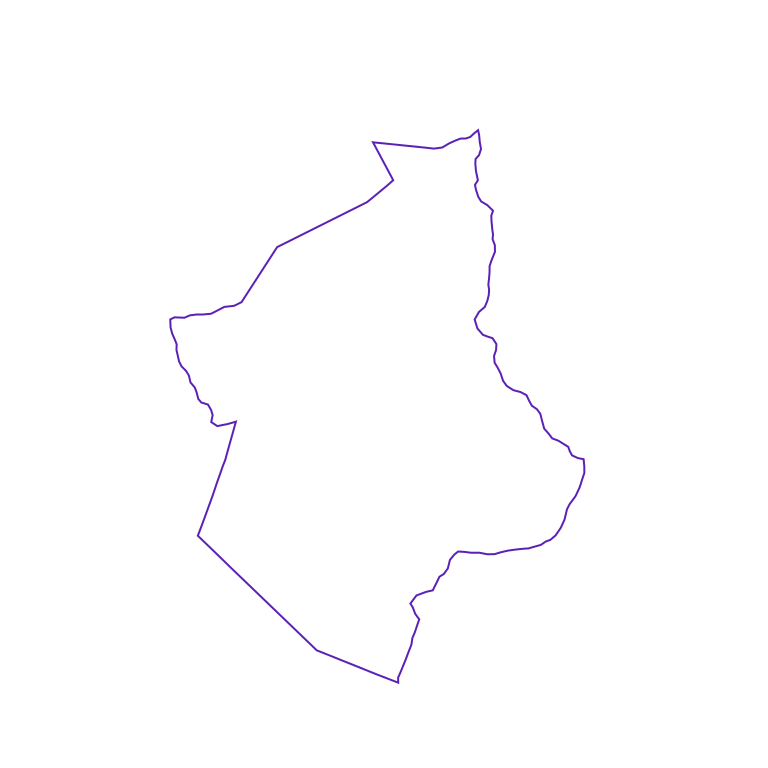 outline of Pé de Serra, Bahia, Brazil, rotated 205°
{"feature_id": "56859067B88546215255955", "entity_name": "Pé de Serra", "entity_type": "district", "adm_level": 2, "iso_a3": "BRA", "parent_name": "Brazil", "parent_adm1": "Bahia", "projection": "mercator", "projection_center": [-39.628, -11.892], "detail": "fine", "context": "isolated", "style": "outline", "palette": "violet", "viewbox_px": 768, "rotation_deg": 205, "n_neighbors": 0, "source": "geoboundaries", "source_scale": "gbopen_adm2", "svg_char_len": 2230}
<svg xmlns="http://www.w3.org/2000/svg" viewBox="0 0 768 768"><g transform="rotate(205 384 384)"><path d="M218.3,273.4L211.9,276.5L207.2,280.7L201.5,285.2L194.9,289.5L187.7,293.8L183.5,296.1L180.0,299.2L173.8,304.5L170.9,309.5L167.4,313.0L164.5,319.3L163.0,328.4L163.1,337.5L165.2,347.8L165.0,353.6L163.9,358.9L163.0,363.5L163.0,373.1L164.2,382.3L164.8,387.9L167.5,393.7L171.3,400.2L177.0,398.8L183.5,398.8L187.2,401.6L190.5,404.9L202.3,406.3L208.5,405.8L214.1,408.7L220.0,411.3L224.9,417.1L229.7,423.0L234.8,425.8L240.8,426.8L245.2,430.0L250.2,434.1L256.9,434.4L264.0,433.1L271.9,434.1L277.4,437.2L282.9,443.0L288.4,447.2L292.7,450.0L296.1,455.8L296.8,462.2L299.0,467.7L305.0,471.4L310.6,470.7L315.2,470.4L322.8,473.8L329.1,480.8L328.4,489.4L325.2,496.5L325.5,503.0L326.7,509.1L328.7,514.1L331.4,518.1L333.1,523.2L335.6,530.0L338.1,535.4L338.8,541.4L339.3,550.7L342.3,556.8L346.7,561.0L348.5,565.8L351.1,569.7L355.6,577.4L357.9,582.0L358.4,587.1L366.0,589.8L373.1,590.5L377.8,593.6L382.7,598.9L385.7,602.9L385.0,608.3L390.6,615.8L394.3,622.2L396.1,626.7L394.6,631.5L395.4,638.0L399.5,643.8L402.8,649.5L406.0,653.8L408.2,649.4L410.2,644.4L413.6,641.1L418.3,638.8L422.0,635.0L426.5,629.8L431.2,622.9L438.3,618.4L445.2,616.1L496.1,598.4L461.8,572.6L464.7,565.8L476.1,541.8L538.7,462.9L547.7,398.0L552.9,391.5L561.3,386.4L570.4,374.6L577.8,370.3L583.2,367.8L588.9,364.2L592.9,359.7L602.0,355.9L605.0,352.2L601.3,345.0L597.1,340.0L592.4,335.9L588.7,332.4L586.5,327.2L583.3,323.1L579.3,317.9L575.1,314.5L568.9,312.2L564.4,309.2L560.0,303.6L554.0,300.9L550.2,297.1L546.0,292.0L541.7,290.0L534.9,291.0L529.6,287.3L526.1,283.3L524.5,276.5L517.3,275.4L508.7,281.7L502.3,287.3L496.8,253.8L495.8,248.2L495.4,241.6L494.4,231.6L493.6,223.2L492.2,211.1L490.6,192.9L489.4,178.8L488.6,167.8L467.0,160.4L445.2,152.8L401.9,138.0L332.4,114.2L267.0,117.8L244.9,119.3L247.1,123.8L247.2,128.9L247.4,133.5L247.9,143.8L248.4,149.8L249.0,159.3L250.9,165.7L251.1,171.8L251.7,177.0L252.6,185.6L258.6,188.9L263.5,193.7L267.3,196.2L265.2,206.1L258.0,213.4L252.6,217.6L252.4,225.3L252.3,232.8L249.5,237.1L248.2,243.8L249.9,252.5L248.2,259.1L246.0,263.5L240.0,265.9L233.9,267.8L226.2,271.4L218.3,273.4Z" fill="none" stroke="#5b21b6" stroke-width="2"/></g></svg>